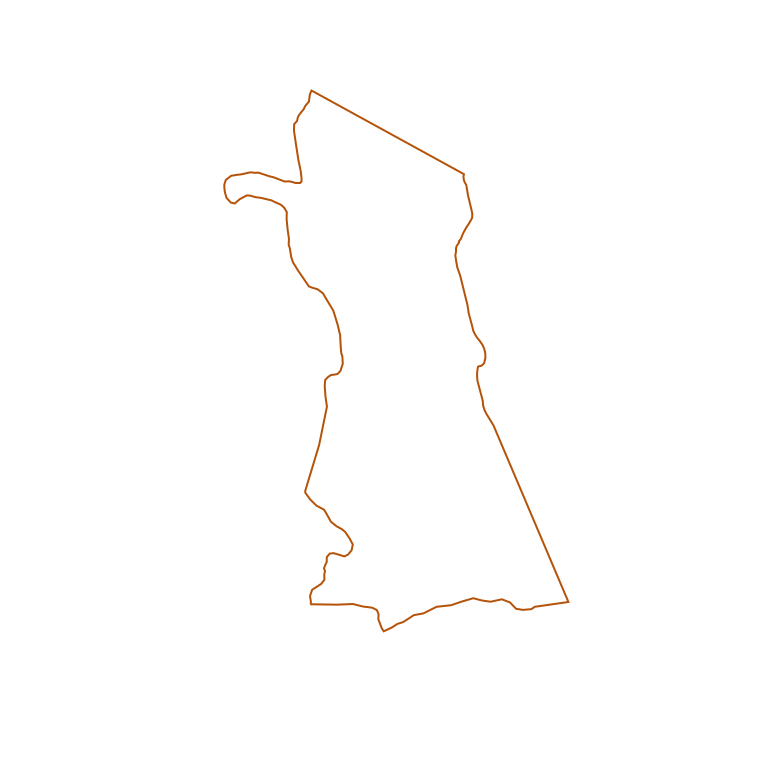 Tete Morne, Choiseul, Saint Lucia, rotated 326°
{"feature_id": "8701671B29380756423502", "entity_name": "Tete Morne", "entity_type": "district", "adm_level": 2, "iso_a3": "LCA", "parent_name": "Saint Lucia", "parent_adm1": "Choiseul", "projection": "equal_earth", "projection_center": [-61.034, 13.762], "detail": "fine", "context": "isolated", "style": "outline", "palette": "amber", "viewbox_px": 768, "rotation_deg": 326, "n_neighbors": 0, "source": "geoboundaries", "source_scale": "gbopen_adm2", "svg_char_len": 2542}
<svg xmlns="http://www.w3.org/2000/svg" viewBox="0 0 768 768"><g transform="rotate(326 384 384)"><path d="M200.5,525.1L200.4,525.9L201.5,526.6L221.7,540.7L235.2,549.0L242.0,556.6L249.2,562.9L251.7,567.5L250.7,572.0L247.8,575.7L245.5,585.6L245.5,588.9L254.9,590.3L260.9,590.4L266.9,592.1L271.3,592.2L279.5,592.3L288.3,596.2L303.0,598.1L315.9,604.9L327.2,608.0L338.2,611.5L344.1,618.2L350.6,624.1L361.3,628.4L366.3,635.5L367.8,644.2L372.8,648.9L380.3,653.1L384.4,653.0L414.3,667.5L415.0,667.8L451.6,479.6L452.0,471.3L452.2,466.4L452.7,462.1L454.2,457.1L456.5,453.1L457.2,451.1L463.3,433.5L466.4,428.2L469.4,424.5L471.5,422.3L473.0,422.5L474.2,423.2L476.6,423.2L478.7,422.7L482.7,419.0L485.3,414.9L486.8,410.7L487.5,407.0L487.5,402.6L487.1,397.2L487.2,393.9L487.7,390.0L489.9,384.1L493.8,372.7L495.6,369.0L497.5,364.8L507.5,337.5L508.1,335.4L510.0,328.2L512.2,323.3L514.9,317.5L518.2,313.9L519.7,311.6L521.5,310.2L525.2,308.7L525.9,307.6L528.9,306.7L534.0,303.2L539.9,300.2L542.6,299.1L543.9,298.6L547.4,296.9L549.9,295.6L552.5,292.1L554.6,286.7L559.2,274.4L563.5,265.0L563.7,261.9L564.3,259.5L565.7,256.7L567.6,254.7L488.0,100.2L484.4,102.5L479.7,107.9L474.3,109.4L471.0,111.3L464.5,113.3L462.0,114.5L459.0,117.3L454.8,118.4L451.1,123.5L445.8,134.5L438.2,150.6L434.1,160.7L430.6,167.5L428.9,169.9L427.0,170.5L423.3,168.1L419.3,163.4L414.7,160.4L412.9,157.8L408.0,150.8L405.4,148.0L398.1,138.6L396.0,137.3L395.6,137.1L391.4,133.7L383.4,130.6L379.1,128.4L373.7,125.9L366.9,126.4L365.3,127.7L363.2,129.3L361.3,132.2L359.5,135.7L357.5,141.6L358.5,148.0L361.2,150.9L367.6,150.1L372.1,150.5L375.8,151.0L378.2,152.8L381.9,157.2L386.0,160.8L389.1,164.2L393.4,168.8L395.2,172.0L398.7,177.6L399.8,181.6L399.6,187.0L397.4,190.1L395.5,192.8L390.3,202.4L386.4,210.5L382.8,215.3L382.0,218.3L380.4,221.9L378.1,226.8L376.6,232.1L376.2,241.8L376.3,261.0L378.4,264.1L381.9,268.3L384.1,274.6L383.8,279.3L383.0,294.8L381.2,300.8L378.7,309.0L374.9,319.1L373.1,322.0L368.8,329.2L365.7,334.8L365.1,337.5L361.2,344.1L355.2,348.8L351.1,349.7L349.1,348.9L345.0,346.9L341.7,346.9L337.6,347.7L333.8,352.4L328.4,361.8L324.1,370.8L296.1,398.3L258.9,428.6L258.0,430.1L258.2,438.4L260.0,447.1L264.0,454.7L263.7,460.4L263.0,468.7L265.1,475.4L267.9,480.8L269.1,485.0L269.1,492.6L268.4,499.6L264.2,503.7L258.9,505.3L254.8,504.8L251.4,500.6L247.6,496.0L244.2,494.3L239.8,495.5L236.9,499.6L234.7,500.8L231.2,503.2L230.5,506.1L228.0,508.5L225.1,513.0L220.1,514.6L209.4,514.4L207.1,516.1L204.0,518.5L202.0,523.0L200.5,525.1Z" fill="none" stroke="#b45309" stroke-width="2"/></g></svg>